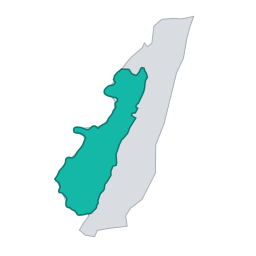 location of Beqaa within Lebanon, rotated 173°
{"feature_id": "LBN-3022", "entity_name": "Beqaa", "entity_type": "Province", "adm_level": 1, "iso_a3": "LBN", "parent_name": "Lebanon", "parent_adm1": "", "projection": "natural_earth1", "projection_center": [36.105, 33.959], "detail": "fine", "context": "in_parent", "style": "filled", "palette": "teal", "viewbox_px": 256, "rotation_deg": 173, "n_neighbors": 0, "source": "natural_earth", "source_scale": "10m", "svg_char_len": 3365}
<svg xmlns="http://www.w3.org/2000/svg" viewBox="0 0 256 256"><g transform="rotate(173 128 128)"><path d="M140.8,30.6L159.2,30.7L171.0,30.1L174.4,24.2L183.6,26.9L188.7,32.6L184.1,38.7L177.6,45.6L177.9,47.4L182.8,47.9L191.1,51.7L196.3,56.1L204.8,83.4L199.5,94.7L191.4,104.7L187.7,105.6L180.6,110.6L174.6,117.4L172.5,121.7L173.0,125.8L181.4,130.8L181.7,132.9L180.0,134.5L173.1,133.4L164.3,132.9L159.0,132.9L153.0,133.9L145.3,140.1L141.8,144.1L140.0,146.7L137.2,155.1L140.3,160.9L146.1,164.1L146.9,165.8L145.6,168.7L139.9,172.4L135.5,176.8L134.3,181.3L129.5,185.7L126.5,187.8L120.9,193.7L115.3,198.5L104.0,206.0L101.4,210.4L98.9,206.4L94.0,209.2L89.8,226.1L81.2,231.8L70.4,231.3L61.3,229.7L49.2,230.8L54.2,220.9L59.3,208.1L64.4,190.7L73.3,176.4L91.8,127.6L102.5,107.9L106.3,79.9L122.8,55.4L135.1,48.2L141.0,41.2L140.8,30.6Z" fill="#d9dde1" stroke="#a8b0b8" stroke-width="1"/><path d="M129.6,185.7L127.0,187.4L126.9,187.3L125.2,186.9L120.3,186.2L120.0,185.9L119.5,185.4L118.5,183.1L118.2,182.2L117.6,181.4L115.4,180.0L113.4,179.3L112.8,179.6L112.1,180.1L110.7,181.6L109.5,183.0L108.7,184.5L107.6,185.9L106.8,186.2L104.8,185.5L104.4,182.7L104.0,182.0L103.5,180.8L103.3,180.3L102.9,178.7L102.6,175.6L103.5,174.8L103.9,174.3L104.7,173.2L105.0,172.6L105.3,171.8L106.7,165.6L108.0,162.2L108.7,160.9L114.7,151.4L115.8,150.9L116.2,150.5L116.7,149.8L117.6,148.8L117.7,148.4L117.7,148.1L116.0,146.4L118.9,142.1L119.7,142.1L120.9,142.2L121.2,142.2L121.5,142.2L121.8,142.1L122.1,141.9L122.3,141.6L123.0,140.4L122.6,139.5L119.1,136.9L125.9,128.6L127.7,125.4L128.2,124.3L128.3,124.0L129.4,122.5L134.2,118.1L135.4,117.5L138.4,113.0L143.1,103.3L143.5,95.4L143.6,94.5L144.5,92.4L146.9,92.1L147.2,92.1L147.5,91.9L147.9,91.5L150.0,87.7L150.4,86.5L150.7,83.2L154.6,78.1L157.9,74.7L159.0,70.5L159.2,70.1L159.6,69.5L160.5,68.5L162.7,66.8L163.5,65.9L164.0,65.3L166.9,59.2L167.0,58.9L166.6,57.3L168.6,54.7L168.8,54.4L168.8,54.1L168.8,53.5L168.9,53.3L168.9,53.1L169.0,52.9L169.4,52.3L174.1,48.6L174.4,48.3L175.7,47.8L177.9,47.5L178.2,48.1L178.5,48.2L178.8,48.2L179.1,48.2L179.4,48.1L181.4,47.4L184.5,47.3L187.4,47.5L188.8,48.1L189.5,50.2L190.5,51.9L191.9,53.1L193.7,53.9L195.2,55.8L196.0,56.3L196.8,56.1L198.4,57.3L199.0,58.4L198.9,59.9L198.6,62.0L198.3,62.9L197.9,63.5L197.6,64.2L197.5,65.2L197.8,66.3L198.3,67.3L200.6,70.5L201.7,71.8L202.4,72.1L203.2,72.1L203.9,72.2L204.4,73.2L204.2,74.9L203.2,76.3L202.4,78.0L202.9,80.5L203.6,82.3L206.1,84.9L206.7,86.2L206.8,86.3L203.8,89.6L201.4,93.8L196.7,97.9L194.6,100.6L194.0,102.4L193.8,103.9L193.2,105.1L191.5,106.0L190.1,106.1L187.8,105.2L186.6,105.1L184.4,106.3L180.9,110.8L176.7,114.6L175.1,116.7L173.6,119.0L171.4,123.7L171.6,124.1L172.2,125.4L172.9,126.2L176.0,128.6L180.1,129.4L182.0,130.5L182.2,133.2L180.9,134.9L178.9,135.2L174.9,134.3L169.5,131.5L167.7,131.2L166.1,131.8L164.6,133.0L162.9,134.1L160.7,134.1L159.9,133.6L158.5,131.8L157.8,131.4L154.1,133.8L152.2,134.6L150.3,135.1L148.6,135.8L147.5,137.2L146.1,140.0L142.7,143.1L141.2,145.3L140.6,146.8L138.6,148.6L137.9,149.7L137.7,150.8L138.0,153.2L137.7,154.4L137.2,154.9L135.8,155.5L135.4,155.9L135.0,158.7L136.4,159.6L138.7,160.0L141.2,161.4L142.7,161.8L144.6,162.8L146.4,164.2L147.3,165.7L147.0,168.1L145.4,170.0L143.2,171.5L141.2,172.4L138.7,172.4L136.2,173.2L135.0,174.9L136.5,177.6L134.8,181.7L131.5,184.6L129.6,185.7Z" fill="#14b8a6" stroke="#0f766e" stroke-width="1.5"/></g></svg>